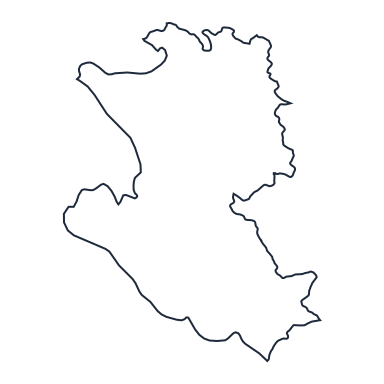 SVG path tracing the border of Zlatiborski
{"feature_id": "SRB-1505", "entity_name": "Zlatiborski", "entity_type": "District", "adm_level": 1, "iso_a3": "SRB", "parent_name": "Republic of Serbia", "parent_adm1": "", "projection": "equal_earth", "projection_center": [19.945, 43.584], "detail": "fine", "context": "isolated", "style": "outline", "palette": "slate", "viewbox_px": 384, "rotation_deg": 0, "n_neighbors": 0, "source": "natural_earth", "source_scale": "10m", "svg_char_len": 5913}
<svg xmlns="http://www.w3.org/2000/svg" viewBox="0 0 384 384"><path d="M150.4,301.9L141.7,294.9L139.4,291.5L135.4,283.0L132.6,279.0L119.0,265.4L109.4,251.6L105.5,248.9L73.8,235.3L67.8,230.4L64.0,222.4L63.9,213.8L68.6,206.8L73.7,206.8L76.5,201.7L78.7,195.0L81.9,190.0L84.5,189.3L90.4,190.2L93.1,190.1L95.8,188.6L101.2,184.6L103.6,183.9L107.5,186.1L111.5,190.9L114.7,196.7L116.6,201.7L118.4,204.4L120.4,201.9L123.3,195.3L126.1,195.0L134.8,198.4L136.7,197.3L137.2,196.0L136.5,194.6L134.9,193.2L133.7,190.0L133.5,185.8L133.9,181.5L134.9,177.9L140.8,172.4L140.5,164.4L135.0,147.7L130.4,137.8L106.8,113.8L94.6,95.0L87.6,86.4L79.6,80.7L77.0,79.1L79.6,76.7L80.1,74.6L79.0,70.8L79.0,68.7L80.3,65.8L82.2,64.2L87.0,62.7L90.4,62.5L93.4,63.6L99.2,67.4L105.2,72.7L108.2,74.4L111.5,74.3L114.9,73.3L127.2,72.5L140.3,73.7L145.9,73.3L151.4,71.4L160.9,64.7L164.8,60.6L166.8,55.7L165.1,50.1L162.2,47.7L160.1,48.3L158.7,50.1L157.9,51.0L155.8,49.4L152.0,45.1L144.5,40.9L143.2,39.1L145.7,38.4L146.3,38.0L146.9,37.3L149.3,33.1L150.5,32.0L153.1,31.3L156.5,30.0L157.6,30.0L161.5,31.1L162.2,31.0L163.6,30.5L164.6,29.5L165.4,27.7L166.6,25.8L166.8,25.1L166.8,24.4L166.7,23.4L168.7,23.0L170.8,23.1L173.6,24.3L175.5,24.8L176.2,25.3L177.3,27.0L179.3,28.7L184.5,30.0L186.5,30.8L187.6,31.6L189.1,33.2L190.4,34.1L191.4,34.4L193.4,34.2L194.7,34.8L196.2,36.6L198.3,38.5L198.9,39.5L199.4,40.8L199.8,41.6L201.8,43.7L202.5,44.8L203.0,46.2L203.0,46.8L202.6,48.4L202.6,48.8L203.0,49.6L203.7,50.2L205.1,50.6L208.4,50.8L209.5,50.5L210.4,50.0L210.7,49.6L211.0,48.4L211.1,47.6L211.1,45.9L210.9,44.3L210.0,41.4L208.4,37.8L207.1,36.2L204.4,34.5L203.1,33.4L202.5,32.7L202.5,32.0L203.0,31.3L204.5,30.4L205.5,30.1L206.9,30.0L208.1,30.3L209.0,30.9L211.3,33.1L214.6,34.9L215.2,35.0L216.1,34.5L218.0,32.6L221.0,31.5L221.6,30.5L222.3,28.2L223.0,27.6L224.1,27.4L228.7,27.8L230.1,28.2L231.9,29.1L233.5,30.1L234.0,30.9L233.9,31.9L232.6,33.5L232.5,34.3L233.0,35.6L234.3,37.2L235.7,38.6L238.0,39.4L241.2,41.1L242.9,42.4L244.0,42.9L246.9,43.3L249.5,43.8L250.3,40.7L251.0,39.2L252.8,38.2L256.8,35.2L257.8,36.5L258.5,37.0L259.5,37.2L262.1,37.3L263.1,37.5L268.9,40.9L270.8,45.1L271.0,46.2L270.9,46.8L270.5,47.6L269.0,49.6L268.3,51.1L268.2,52.3L268.4,53.0L269.0,54.5L269.1,55.2L268.8,56.1L267.6,57.5L267.4,58.4L267.6,59.4L268.0,59.9L271.1,62.4L271.8,63.5L271.8,64.1L271.6,64.7L271.0,65.8L268.5,68.4L267.5,71.3L267.5,72.1L267.6,72.4L268.1,72.8L269.9,73.4L270.3,73.6L270.5,74.0L270.4,74.7L269.5,76.2L269.5,77.2L269.8,77.8L271.0,78.8L274.7,81.1L275.8,81.4L276.8,81.5L277.6,83.5L278.4,85.2L278.6,85.9L278.6,86.6L278.4,87.1L277.3,88.5L275.5,89.8L275.0,90.3L274.8,90.6L274.7,91.7L275.2,92.9L277.6,96.1L281.5,99.3L284.2,100.8L286.8,101.7L290.5,103.3L286.0,104.4L284.2,104.5L281.6,104.2L280.5,104.4L279.9,104.8L279.1,105.7L277.8,107.9L276.1,109.4L275.8,109.9L274.9,112.5L274.9,113.8L275.0,114.4L275.5,115.2L276.2,116.0L278.2,116.9L278.9,117.7L279.3,118.9L279.2,120.1L278.9,121.0L278.9,122.2L280.8,125.0L282.8,126.3L283.7,127.2L284.3,128.1L284.7,129.0L284.8,129.6L284.5,130.4L282.8,132.2L282.2,133.4L282.1,134.0L282.9,137.1L282.7,140.6L283.2,142.5L283.2,143.9L283.3,144.5L284.0,145.4L287.7,147.9L289.1,148.6L292.2,149.9L292.7,150.3L292.8,150.7L293.0,153.2L293.8,155.2L293.7,156.1L292.6,158.3L291.7,160.7L290.3,162.6L290.1,163.4L290.3,164.0L291.3,165.1L293.8,166.8L294.6,167.6L295.0,168.6L295.0,169.7L294.8,170.5L293.6,172.8L292.9,175.1L291.8,176.5L290.7,177.0L289.5,176.8L285.2,174.4L283.3,173.9L280.1,173.4L279.5,173.4L277.9,174.0L277.2,174.0L276.0,173.8L275.2,173.1L273.8,173.1L273.7,174.1L274.5,175.2L274.4,179.0L274.2,180.9L274.5,182.8L274.5,183.3L273.7,184.5L272.0,185.6L269.9,186.2L268.8,186.0L265.9,184.8L264.7,184.8L263.5,185.3L257.6,190.5L254.7,191.9L253.9,192.5L250.2,196.4L249.3,198.4L248.6,199.1L244.7,200.5L243.9,200.6L243.0,200.4L242.1,199.9L240.6,198.5L237.4,196.1L233.6,193.8L233.2,195.7L233.0,197.5L233.3,198.7L234.0,200.4L234.2,201.0L234.2,201.7L233.5,202.8L231.3,204.1L230.8,204.5L230.3,205.1L230.1,205.7L230.1,206.2L230.3,206.8L231.5,208.7L232.3,210.5L232.7,211.1L233.7,212.2L235.0,213.2L236.7,214.0L240.4,214.5L243.3,215.8L244.0,216.6L245.0,219.0L245.7,219.6L247.0,219.9L251.4,220.2L253.6,220.8L254.6,221.5L255.1,222.2L255.3,223.0L255.7,225.5L256.0,226.2L256.3,226.7L257.2,227.6L257.7,228.6L257.7,229.3L257.2,231.6L257.2,233.3L257.4,234.0L258.9,237.1L260.2,239.2L261.2,240.2L261.4,240.7L261.4,240.9L261.2,241.0L262.9,243.7L265.8,247.3L266.2,247.9L267.0,250.5L267.4,251.2L269.7,253.7L272.0,256.6L272.3,257.2L272.6,259.1L274.0,261.4L274.5,263.0L276.8,265.9L277.2,266.5L277.3,267.1L277.1,268.3L276.8,268.8L275.8,269.9L275.6,270.2L275.6,271.2L276.0,272.1L276.9,273.4L277.9,274.3L280.1,275.6L282.2,277.8L282.9,278.0L283.8,278.0L286.6,276.6L291.5,276.1L294.9,274.6L295.8,274.4L300.6,274.2L302.4,274.0L305.0,273.1L308.5,272.4L310.4,271.6L311.3,271.7L313.5,272.5L315.9,275.0L316.5,276.3L316.6,277.4L312.3,283.0L311.6,284.8L310.7,286.6L310.1,288.4L309.2,290.8L308.9,294.5L308.6,295.3L307.4,296.4L302.2,300.1L301.5,300.9L301.3,301.6L302.1,304.7L302.8,305.8L305.3,306.9L306.5,307.8L307.1,308.6L307.8,310.4L308.3,311.0L308.9,311.4L311.8,312.4L314.0,314.2L316.6,315.3L317.2,315.8L318.7,318.5L320.1,320.2L311.8,321.6L307.2,323.7L305.5,324.8L304.4,325.2L302.7,325.4L299.8,325.4L297.1,325.3L294.4,325.1L293.6,325.2L293.1,325.6L290.9,328.4L289.8,330.0L288.0,331.4L287.1,332.4L286.9,332.9L286.9,333.5L287.9,335.5L288.1,336.1L288.0,337.4L287.6,338.2L286.4,338.8L283.7,338.5L281.9,339.0L278.0,340.8L276.9,341.8L275.7,343.3L274.2,345.5L273.3,347.0L272.4,349.2L271.2,350.7L270.7,351.7L269.3,355.3L268.9,358.5L268.7,359.3L268.2,359.9L267.3,361.0L259.3,353.4L245.4,343.9L243.1,341.7L241.3,338.7L240.0,335.6L238.3,333.2L235.4,332.3L233.2,333.4L227.7,338.7L225.1,340.3L217.2,341.0L209.5,340.5L204.1,338.5L199.3,334.8L195.1,329.4L188.3,317.6L186.4,317.4L184.5,319.2L181.6,320.3L176.6,319.7L166.3,316.8L161.5,314.4L157.5,310.9L150.4,301.9Z" fill="none" stroke="#1e293b" stroke-width="2"/></svg>